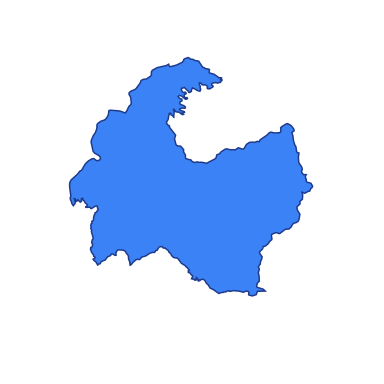 Mphaki, Quthing, Lesotho (Natural Earth projection), rotated 326°
{"feature_id": "5366337B73026559585968", "entity_name": "Mphaki", "entity_type": "district", "adm_level": 2, "iso_a3": "LSO", "parent_name": "Lesotho", "parent_adm1": "Quthing", "projection": "natural_earth1", "projection_center": [28.183, -30.161], "detail": "fine", "context": "isolated", "style": "filled", "palette": "blue", "viewbox_px": 384, "rotation_deg": 326, "n_neighbors": 0, "source": "geoboundaries", "source_scale": "gbopen_adm2", "svg_char_len": 6027}
<svg xmlns="http://www.w3.org/2000/svg" viewBox="0 0 384 384"><g transform="rotate(326 192 192)"><path d="M197.3,315.1L196.7,312.4L192.7,307.4L192.7,306.6L193.6,305.5L195.5,304.0L197.9,303.6L200.4,299.5L201.5,297.1L201.7,296.1L204.6,293.7L205.4,290.9L208.2,290.0L209.9,288.0L212.1,286.7L213.9,284.9L213.8,281.3L214.4,279.4L218.6,278.7L220.6,277.0L221.8,277.7L223.3,277.8L226.6,277.4L228.3,276.5L231.5,276.1L232.3,275.2L232.7,274.0L233.6,272.4L234.6,271.7L237.8,272.3L239.5,273.0L240.7,275.0L241.7,275.5L248.6,275.1L251.7,276.9L254.8,276.4L256.4,275.4L258.6,274.7L261.2,275.6L263.4,275.7L265.2,274.8L269.0,270.8L269.3,265.7L270.7,263.0L274.9,262.3L276.2,260.1L279.4,259.8L282.1,256.4L283.1,253.7L284.8,256.1L288.8,256.5L290.1,257.1L292.5,255.5L293.9,255.5L295.2,254.7L295.5,251.3L292.8,248.1L292.9,246.7L293.8,245.5L294.0,243.8L294.9,242.3L296.4,241.5L294.1,239.9L293.9,237.0L294.8,235.7L296.0,235.1L296.6,233.8L297.0,232.2L296.9,227.9L297.6,226.2L299.5,222.8L302.5,219.5L301.3,218.3L301.5,216.7L303.5,212.5L303.5,210.7L304.7,206.5L307.2,201.5L308.1,198.4L310.9,198.4L311.6,196.4L311.4,193.0L310.8,191.1L309.4,188.7L308.0,188.2L303.3,188.0L301.4,188.3L300.2,190.6L298.9,191.7L297.9,191.9L293.4,189.2L290.9,186.5L289.1,186.1L285.9,186.8L277.8,186.8L275.8,187.9L274.4,186.5L271.7,185.9L269.8,184.3L267.3,183.0L263.7,183.0L259.6,185.0L258.0,184.9L255.1,181.2L251.1,181.2L250.2,180.2L247.6,178.6L244.8,175.5L243.1,175.0L237.9,175.0L236.2,175.7L233.3,175.1L231.0,177.2L229.4,177.4L220.1,176.3L216.7,172.8L214.2,171.2L213.2,169.9L211.6,169.5L209.9,168.2L209.1,166.6L209.1,165.0L205.7,161.1L205.6,160.2L207.2,157.7L207.4,154.4L207.9,153.2L208.8,152.2L208.2,147.7L206.1,145.9L205.3,144.6L205.3,143.6L207.2,138.2L210.2,135.7L209.5,125.7L210.3,124.6L209.5,123.1L209.4,120.8L209.7,120.0L212.8,118.5L215.8,115.3L216.6,115.0L216.9,114.3L217.6,114.2L218.3,115.0L217.8,116.4L218.7,118.3L218.5,119.3L218.7,119.8L222.0,115.6L222.9,113.1L223.3,113.4L223.5,116.5L226.0,118.8L226.9,121.7L227.6,122.7L228.3,122.8L227.6,121.4L228.0,121.0L230.3,121.8L230.6,121.1L228.0,117.7L227.8,116.6L228.6,116.1L230.9,117.0L232.9,118.6L233.6,118.5L234.0,117.8L233.6,115.9L231.9,113.7L231.3,112.2L232.1,110.7L234.8,110.8L235.5,109.4L234.0,107.3L233.9,105.1L235.4,104.9L236.2,105.6L237.0,106.6L238.4,111.3L238.9,111.8L240.5,112.0L240.7,111.0L239.1,110.0L238.8,109.1L239.6,107.4L240.5,106.8L241.4,107.3L242.3,107.0L242.5,106.4L242.0,105.2L241.0,105.0L240.4,104.5L240.2,103.7L240.2,102.1L240.7,100.7L241.3,100.1L242.3,100.7L244.0,100.9L245.2,106.2L245.0,107.6L245.5,108.1L247.7,108.3L247.9,107.6L250.6,106.0L252.4,108.9L253.1,110.7L254.9,112.9L256.3,112.1L256.7,111.5L257.0,110.1L258.0,108.9L258.1,107.2L259.2,105.7L260.4,107.2L260.3,108.6L261.2,109.6L263.1,110.6L263.9,113.4L262.7,114.3L262.6,115.0L264.3,116.4L267.9,116.6L268.7,116.1L268.2,114.4L268.8,113.3L269.6,113.2L272.2,114.1L274.4,116.2L275.6,116.3L276.6,117.0L279.6,116.0L279.6,115.5L278.7,115.3L278.3,114.8L278.8,114.3L279.9,114.3L280.3,113.9L278.2,112.1L276.1,106.6L273.0,103.0L273.1,102.3L274.9,100.3L274.7,99.6L272.1,97.2L271.6,95.7L270.6,94.5L270.7,87.2L268.1,84.8L266.9,82.5L264.9,80.9L264.8,79.8L263.9,78.3L260.1,77.4L259.2,77.6L258.4,78.4L256.4,79.0L250.1,78.1L244.0,76.0L243.5,74.7L244.1,73.0L241.4,72.8L232.7,69.4L227.2,68.9L225.4,69.8L224.2,71.7L222.9,72.8L217.4,72.8L214.4,71.3L212.1,71.1L209.9,72.7L203.7,74.9L202.2,75.1L197.8,74.3L195.4,74.5L194.4,75.8L194.1,79.3L191.4,84.3L190.2,85.3L187.4,85.8L183.5,88.2L180.8,89.1L177.7,84.8L176.5,83.7L170.4,78.8L168.7,78.0L165.9,81.1L163.1,82.7L161.4,83.2L159.9,83.4L155.7,82.3L152.1,82.5L150.6,83.3L149.4,85.2L147.6,87.0L144.4,89.1L142.0,89.9L139.8,91.3L137.9,92.5L136.3,94.1L132.8,102.9L133.0,105.4L135.0,109.4L135.5,111.4L134.8,113.2L133.2,113.8L130.8,113.1L130.2,112.2L129.4,109.5L127.5,108.5L123.3,108.3L119.1,109.1L112.7,112.2L110.5,112.0L107.1,113.2L98.6,114.4L96.5,115.5L95.1,116.7L93.1,119.9L89.5,127.2L88.7,128.3L87.8,128.6L86.9,130.5L86.8,131.9L86.0,134.3L85.9,137.0L88.3,136.3L89.6,135.2L90.6,131.7L91.3,132.2L90.8,135.1L91.2,135.3L92.9,134.5L93.7,137.9L95.0,138.0L96.5,135.8L97.6,135.7L97.8,136.4L97.1,137.4L97.6,139.1L97.4,141.6L98.1,143.5L98.1,144.4L97.3,144.8L95.7,144.8L95.4,145.4L98.8,147.5L98.9,149.0L99.2,149.5L104.1,149.7L105.2,150.2L105.6,150.9L104.7,152.2L104.6,153.5L104.0,154.5L103.1,154.4L101.7,155.4L100.0,155.0L99.3,156.0L98.5,156.1L95.9,158.3L95.0,159.8L94.0,160.5L92.5,160.3L91.6,161.9L90.8,161.9L89.7,162.8L89.1,163.7L89.2,164.2L87.6,165.7L87.7,167.2L86.4,168.7L84.6,174.2L83.9,175.5L82.3,176.0L80.9,177.5L80.3,178.9L80.5,179.5L79.5,180.8L78.5,181.6L77.0,181.4L76.4,182.4L75.9,182.5L75.0,186.0L75.2,189.1L74.6,190.1L74.6,190.6L75.2,191.5L75.1,192.2L74.7,192.6L72.4,192.4L72.4,193.7L73.2,196.0L72.9,200.5L73.1,199.8L73.9,199.4L75.7,200.1L77.5,199.1L80.0,199.3L81.8,199.9L85.8,198.5L88.7,199.1L90.8,198.4L91.8,199.2L92.7,201.5L93.8,201.9L94.2,200.7L96.0,199.2L97.5,198.7L98.6,198.8L102.3,201.6L103.5,203.7L103.6,204.6L103.3,205.4L103.6,208.7L103.3,209.9L102.0,211.9L101.1,215.7L100.2,216.9L99.8,218.1L101.2,218.2L103.0,217.5L107.7,216.8L109.1,217.3L110.8,218.7L114.0,217.9L118.1,219.2L122.9,219.2L125.5,220.0L127.2,221.2L129.3,220.3L130.6,220.8L134.0,219.2L136.7,220.5L136.8,221.9L137.1,222.1L137.3,222.9L138.3,223.3L138.9,225.6L139.5,226.6L139.5,228.2L139.2,228.7L139.9,231.2L139.5,233.4L140.1,235.9L141.0,237.1L142.2,237.8L143.1,239.5L143.3,244.9L145.4,249.9L145.2,250.9L145.7,251.6L146.0,256.1L145.5,255.3L144.8,255.3L144.0,256.6L145.1,258.2L145.1,260.0L145.6,262.2L143.1,263.7L144.9,265.6L144.9,266.5L146.1,267.3L146.6,266.9L146.7,266.4L147.8,265.5L148.0,267.8L147.4,269.0L147.8,269.6L148.6,268.7L149.3,269.8L150.6,269.6L152.3,270.5L152.9,271.4L153.2,273.3L152.9,275.8L153.5,278.1L153.3,281.9L155.0,284.6L157.5,291.1L159.9,291.7L162.0,292.8L163.1,293.0L164.5,293.8L166.8,294.0L167.7,295.5L171.3,297.0L175.8,300.7L178.6,303.9L181.0,304.3L182.3,305.1L182.9,305.6L183.0,306.4L182.6,307.6L181.7,308.5L181.6,309.4L184.1,312.0L187.9,313.0L190.7,310.9L197.3,315.1Z" fill="#3b82f6" stroke="#1e3a8a" stroke-width="1.5"/></g></svg>